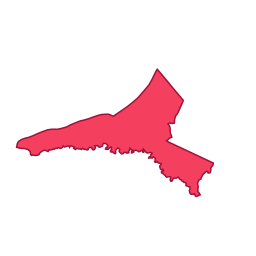 São João do Carú, Maranhão, Brazil, rotated 25°
{"feature_id": "56859067B19402328850660", "entity_name": "São João do Carú", "entity_type": "district", "adm_level": 2, "iso_a3": "BRA", "parent_name": "Brazil", "parent_adm1": "Maranhão", "projection": "mercator", "projection_center": [-46.356, -3.5], "detail": "fine", "context": "isolated", "style": "filled", "palette": "rose", "viewbox_px": 256, "rotation_deg": 25, "n_neighbors": 0, "source": "geoboundaries", "source_scale": "gbopen_adm2", "svg_char_len": 4241}
<svg xmlns="http://www.w3.org/2000/svg" viewBox="0 0 256 256"><g transform="rotate(25 128 128)"><path d="M220.1,123.7L172.6,123.6L168.3,123.4L169.0,122.1L169.5,120.9L169.8,119.8L170.5,119.0L171.6,117.8L170.4,116.5L169.7,115.8L168.4,114.5L167.5,113.2L166.9,111.6L166.2,110.4L165.4,109.3L163.8,108.0L162.5,107.3L163.3,106.1L164.5,105.6L165.7,105.4L167.0,104.7L167.8,104.3L167.7,103.1L167.2,102.1L166.7,100.8L166.5,99.8L166.3,98.7L166.2,97.3L166.2,96.0L166.7,95.0L166.8,93.0L166.7,86.0L166.6,81.7L166.6,80.7L166.3,79.5L164.9,78.9L163.9,78.5L162.4,77.7L158.1,75.7L155.7,74.6L148.2,71.1L145.6,69.8L129.7,62.4L129.4,64.5L129.2,74.1L128.8,79.8L127.3,85.6L126.8,87.5L125.5,92.0L124.0,97.0L120.9,103.8L118.6,108.4L115.5,113.8L109.7,123.6L106.7,123.6L104.6,123.7L102.6,124.6L99.5,126.3L98.4,126.9L95.9,128.9L92.2,132.4L88.6,136.0L84.8,139.4L81.9,141.6L78.3,145.4L75.4,148.5L74.1,150.1L71.9,153.0L67.6,156.7L64.6,159.0L62.5,159.9L59.6,161.2L55.8,163.7L52.1,167.4L48.3,171.4L45.2,175.1L42.1,178.3L39.0,180.8L36.2,183.6L34.4,186.6L34.3,189.1L35.2,192.6L38.9,191.9L42.9,190.4L45.4,189.9L46.7,189.9L48.3,190.3L49.4,190.8L50.8,193.1L52.2,193.6L53.0,192.7L54.6,192.4L55.8,192.0L57.0,191.2L57.9,190.5L58.6,189.8L58.6,188.1L59.1,187.0L59.7,185.7L60.6,184.4L61.5,183.8L62.3,183.0L63.9,183.2L65.6,183.1L65.8,181.0L66.9,180.7L68.2,179.8L69.4,178.6L70.3,178.2L70.9,177.2L72.4,176.3L73.2,175.1L74.3,175.2L75.7,174.9L76.7,173.3L77.0,171.7L78.3,172.1L79.4,171.4L80.2,170.4L81.2,169.6L82.4,169.5L83.3,170.2L83.3,168.6L84.9,168.0L86.1,168.2L87.7,167.9L87.5,169.5L89.5,169.7L90.1,168.3L91.6,167.9L92.8,167.5L93.7,167.1L95.0,167.1L95.6,165.5L96.8,165.9L98.1,165.5L99.2,165.2L100.2,165.2L101.0,164.4L100.6,163.2L101.3,162.2L102.3,161.4L103.1,160.9L104.1,162.0L105.2,162.6L106.3,162.3L106.8,161.1L106.9,159.8L106.0,158.8L105.3,158.2L106.2,157.9L107.2,157.3L107.9,156.7L109.1,157.5L110.4,157.5L111.1,156.8L111.7,156.0L112.5,155.1L112.1,153.6L112.4,152.2L113.7,151.8L115.0,151.6L116.5,152.0L117.3,152.6L116.8,153.4L117.4,154.7L116.3,155.4L116.5,156.6L117.6,156.5L119.1,155.6L119.6,154.0L120.2,152.5L121.2,152.5L121.5,153.5L122.1,154.5L121.7,156.2L122.7,157.0L124.1,156.2L125.9,156.7L127.1,156.8L127.5,155.8L126.4,154.4L126.3,153.0L126.8,151.3L127.2,150.3L128.3,150.6L129.6,150.8L129.7,152.7L130.8,153.5L131.7,153.7L132.8,154.2L133.7,153.9L134.4,153.3L134.6,152.2L135.3,151.4L136.3,151.0L137.3,151.3L138.6,150.7L139.2,150.0L138.3,149.3L138.7,148.2L138.7,146.9L138.3,145.6L139.2,145.9L140.0,146.3L141.2,146.1L141.8,146.8L141.1,147.9L141.7,149.1L142.5,148.5L143.4,147.4L142.9,145.8L144.5,144.9L145.6,144.7L146.9,144.7L147.7,145.0L148.6,144.4L149.3,143.1L150.2,142.3L150.8,142.9L151.5,143.6L152.4,143.5L151.5,141.9L150.9,140.7L152.3,141.3L153.5,142.0L154.6,142.4L156.2,142.5L157.5,141.6L158.5,140.9L159.5,140.4L160.5,140.7L160.5,141.7L159.9,142.7L160.4,144.2L159.3,145.5L159.6,146.5L161.1,145.4L162.6,145.1L162.7,144.1L163.5,143.3L164.3,143.7L165.6,144.0L165.9,145.1L166.5,146.0L166.2,147.1L167.2,147.6L168.1,147.1L168.9,145.9L169.8,146.8L170.8,146.8L172.0,146.5L173.1,146.3L173.3,147.5L172.8,149.2L173.9,150.6L175.0,151.6L176.5,151.6L177.2,150.7L178.3,151.9L177.1,152.8L176.8,153.8L177.6,154.6L178.7,154.3L180.0,155.0L181.6,155.2L182.6,155.9L183.8,156.2L184.8,155.5L185.7,154.8L186.9,154.3L187.8,154.9L187.8,156.5L188.5,157.6L189.5,158.2L190.2,157.5L190.5,156.6L190.2,155.3L190.8,154.1L191.8,153.5L193.0,153.0L193.7,152.0L194.5,151.3L195.3,151.8L196.4,152.5L198.0,152.6L199.2,153.2L200.5,153.2L201.7,153.7L202.6,153.3L203.6,153.2L204.4,154.4L204.8,155.7L205.7,155.6L207.1,155.5L208.1,155.6L209.0,155.2L209.9,156.6L209.9,157.7L210.0,158.8L210.6,159.6L211.4,160.5L212.4,161.4L213.4,161.3L214.2,160.6L215.2,160.6L215.9,159.6L217.2,160.4L217.8,161.2L218.7,161.2L219.6,160.5L220.4,159.6L221.0,158.7L221.7,158.1L220.9,157.5L219.8,156.8L218.4,156.3L217.6,154.6L216.8,153.3L216.7,152.4L216.3,151.2L215.2,150.0L214.6,148.9L214.2,147.7L214.3,146.6L214.3,145.6L214.8,144.5L215.6,143.4L215.5,142.4L215.4,141.2L215.5,139.8L215.6,138.7L215.8,137.6L216.4,136.7L216.8,135.2L217.5,134.0L218.7,134.0L219.5,134.9L220.6,134.5L221.3,133.8L221.2,132.7L220.9,131.1L220.2,130.0L219.9,128.8L220.2,127.4L220.7,126.2L220.5,124.7L220.1,123.7Z" fill="#f43f5e" stroke="#9f1239" stroke-width="1.5"/></g></svg>